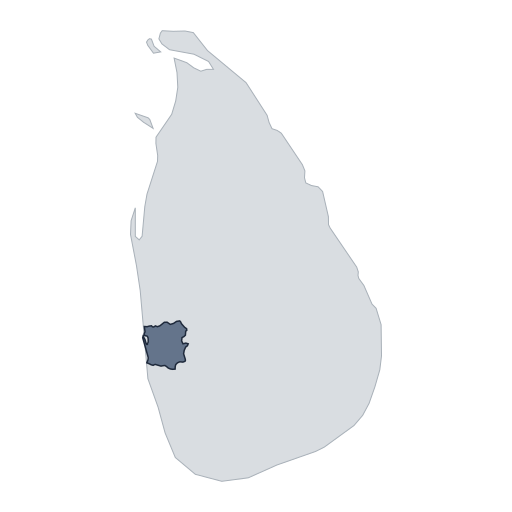 Gampaha highlighted on a map of Sri Lanka
{"feature_id": "LKA-2471", "entity_name": "Gampaha", "entity_type": "District", "adm_level": 1, "iso_a3": "LKA", "parent_name": "Sri Lanka", "parent_adm1": "", "projection": "orthographic", "projection_center": [79.983, 7.117], "detail": "fine", "context": "in_parent", "style": "filled", "palette": "slate", "viewbox_px": 512, "rotation_deg": 0, "n_neighbors": 0, "source": "natural_earth", "source_scale": "10m", "svg_char_len": 2266}
<svg xmlns="http://www.w3.org/2000/svg" viewBox="0 0 512 512"><path d="M162.2,30.7L173.2,31.3L185.0,31.0L193.3,32.6L207.5,50.6L246.1,82.7L267.1,115.3L269.1,122.5L272.0,128.7L277.1,130.4L281.3,133.2L302.4,164.7L304.9,170.9L304.5,177.8L305.8,182.9L311.3,185.5L318.1,186.8L322.6,191.5L328.4,216.7L328.5,224.6L330.1,228.0L356.7,267.1L358.3,271.9L358.0,275.5L358.8,278.5L363.9,285.5L372.0,304.1L376.1,308.3L381.1,324.7L381.5,355.9L379.8,369.8L374.9,386.8L369.1,403.3L362.7,415.3L354.0,425.5L324.3,447.1L315.7,451.4L276.9,465.0L248.3,477.8L221.8,481.3L195.3,474.3L175.3,457.5L165.1,432.9L158.1,407.2L147.9,378.7L140.2,290.5L136.5,265.8L130.5,234.4L131.1,220.8L135.3,207.8L135.3,236.4L139.2,239.9L142.1,236.3L144.8,206.6L147.0,194.1L157.5,161.4L157.7,155.6L155.9,143.4L156.0,137.2L171.7,114.3L175.7,101.0L177.8,87.3L177.0,72.6L174.1,58.1L186.8,62.7L193.7,67.8L200.8,71.2L206.6,69.4L213.5,69.4L208.6,61.5L193.9,54.2L169.5,49.7L161.9,43.9L158.9,38.9L160.4,33.1L162.2,30.7ZM149.8,119.5L153.1,128.4L143.6,122.3L137.4,117.3L135.2,113.3L148.1,117.8L149.8,119.5ZM160.7,51.9L153.5,53.2L147.8,45.4L146.5,42.1L148.0,39.8L149.5,38.7L151.4,39.1L154.1,46.3L160.7,51.9Z" fill="#d9dde1" stroke="#a8b0b8" stroke-width="1"/><path d="M146.8,362.8L147.9,360.1L148.2,358.7L148.2,357.4L142.7,337.7L143.4,334.8L143.4,336.5L143.8,337.7L144.4,338.5L145.0,339.6L146.1,343.5L146.7,344.4L147.4,344.4L147.5,343.3L147.9,342.8L148.2,342.7L148.2,342.8L148.2,339.2L148.0,337.7L147.4,336.4L146.8,336.0L145.3,335.7L144.6,335.2L144.1,334.2L144.3,333.3L144.8,332.4L145.0,331.6L144.3,326.5L147.1,326.7L149.2,326.1L151.5,325.8L152.4,326.8L153.7,327.0L155.4,325.9L157.4,326.7L159.9,325.8L164.3,322.3L167.1,322.2L170.3,324.4L173.6,323.4L176.5,321.4L179.7,320.9L180.7,322.0L181.1,323.0L181.7,324.0L184.6,327.3L186.6,328.7L186.8,330.3L185.7,331.2L185.4,335.2L183.9,336.6L182.0,337.6L181.6,340.9L183.0,343.8L185.8,343.1L188.2,343.8L187.4,345.8L185.7,347.0L184.2,350.4L183.6,353.8L185.3,359.3L185.4,360.4L185.0,361.3L182.9,362.1L179.8,361.8L177.5,362.8L175.7,364.6L175.2,366.8L175.1,369.1L172.6,369.3L170.5,369.0L169.2,368.5L167.9,367.8L166.5,366.5L164.9,365.5L163.0,365.7L161.0,366.1L155.2,364.4L154.1,364.8L153.2,365.3L151.2,364.8L149.3,363.8L146.8,362.8Z" fill="#64748b" stroke="#1e293b" stroke-width="1.5"/></svg>